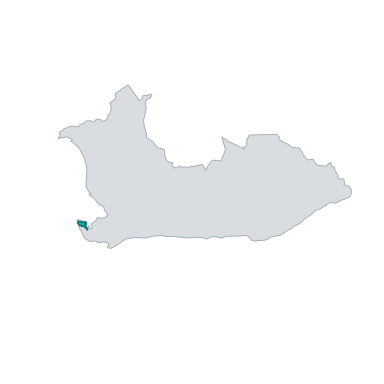 Tumbes, Tumbes, Peru (highlighted), rotated 295°
{"feature_id": "86281439B11077659062931", "entity_name": "Tumbes", "entity_type": "district", "adm_level": 2, "iso_a3": "PER", "parent_name": "Peru", "parent_adm1": "Tumbes", "projection": "robinson", "projection_center": [-80.432, -3.859], "detail": "fine", "context": "in_parent", "style": "filled", "palette": "teal", "viewbox_px": 384, "rotation_deg": 295, "n_neighbors": 0, "source": "geoboundaries", "source_scale": "gbopen_adm2", "svg_char_len": 6057}
<svg xmlns="http://www.w3.org/2000/svg" viewBox="0 0 384 384"><g transform="rotate(295 192 192)"><path d="M263.2,113.3L263.1,114.3L262.0,114.8L260.9,114.1L259.4,114.3L257.0,111.9L251.5,112.3L249.1,115.1L245.4,115.7L241.4,117.0L236.9,117.5L229.7,122.0L228.1,123.8L224.9,126.5L222.2,127.4L220.9,135.5L218.3,140.2L217.3,142.8L218.7,146.8L218.6,148.7L217.2,150.2L216.0,150.4L213.5,152.1L209.9,155.7L209.3,158.4L210.4,162.1L210.0,162.5L207.0,163.2L207.1,165.2L206.5,166.0L209.0,168.9L210.4,169.6L210.5,170.3L210.2,171.1L209.7,171.4L209.6,172.0L211.4,174.2L212.8,178.5L215.4,180.7L215.4,182.0L216.2,183.4L217.6,184.5L220.8,188.8L220.8,190.8L217.4,195.5L223.0,195.4L229.0,197.0L229.9,197.8L230.6,199.9L230.7,201.2L231.9,202.3L231.7,204.9L239.8,204.9L244.9,204.3L253.4,196.5L254.7,195.9L254.0,197.6L253.9,198.8L254.3,200.1L253.3,202.0L253.1,220.8L254.6,219.8L256.6,221.6L258.0,221.7L262.6,219.6L267.9,219.9L280.1,244.5L279.0,246.2L279.1,247.5L277.5,248.6L276.0,250.5L275.8,260.3L274.5,263.3L275.2,264.8L275.8,267.9L277.0,269.8L277.2,271.0L277.1,271.5L275.4,272.5L275.2,274.3L272.1,277.8L271.5,280.2L270.4,281.0L270.1,283.6L272.9,288.0L271.0,290.5L269.3,294.4L272.0,302.5L273.1,303.6L274.4,303.5L276.2,304.2L277.2,305.5L274.9,307.0L274.5,307.6L274.6,310.3L272.1,312.3L268.7,317.4L267.8,317.6L266.1,319.1L265.8,319.9L266.1,320.6L267.5,322.1L267.6,324.0L265.2,326.3L263.5,326.5L262.9,327.1L263.5,330.3L263.5,331.7L262.9,333.3L261.7,335.1L258.1,337.0L254.9,337.3L249.4,332.7L247.7,330.8L242.3,326.8L241.5,322.7L239.7,320.6L236.4,319.1L233.7,317.0L231.7,316.0L226.9,311.3L222.4,309.8L214.0,304.9L209.5,303.3L203.7,298.7L200.6,297.4L198.1,295.3L190.5,290.7L189.3,289.3L188.2,287.0L186.5,285.7L184.6,282.6L181.8,280.8L179.0,278.4L175.7,271.9L174.1,270.4L174.0,267.5L172.9,266.2L174.6,265.2L175.6,260.6L175.1,258.3L171.2,252.2L170.5,249.6L167.7,244.9L166.7,242.1L164.4,240.0L163.5,238.3L162.2,237.5L162.2,235.3L161.3,231.2L160.1,229.1L155.6,225.3L155.2,221.0L154.2,218.1L147.9,206.2L144.3,194.8L141.2,188.5L140.0,184.8L139.9,182.8L137.6,179.5L136.4,176.4L131.3,170.4L128.3,163.8L127.9,161.9L125.9,158.2L122.7,153.5L121.1,151.6L111.2,145.8L106.6,142.2L106.1,140.4L106.3,139.3L107.3,138.3L108.7,139.1L109.6,138.8L110.2,137.5L110.2,135.5L109.4,133.0L106.2,128.1L107.1,125.8L103.9,120.2L104.6,114.6L105.3,113.2L110.1,107.6L111.4,105.3L113.5,103.8L115.5,101.5L118.1,99.8L118.8,100.4L119.5,103.4L119.4,105.4L120.1,107.6L118.4,109.6L116.5,109.2L115.7,109.7L115.5,110.6L115.8,112.2L116.2,112.8L117.7,112.8L115.8,115.8L115.9,116.4L117.2,116.9L118.5,116.1L119.8,114.5L120.6,114.2L125.4,117.1L127.7,116.7L129.4,118.1L129.6,120.2L132.0,124.3L135.5,125.3L136.1,124.9L137.0,123.4L137.7,123.2L137.9,120.9L141.0,118.5L141.5,116.8L141.0,115.6L141.1,114.7L142.9,109.3L143.5,108.8L144.0,107.0L144.7,106.0L145.8,100.0L146.6,100.0L147.5,101.4L148.4,101.0L147.9,99.7L148.1,99.2L151.5,94.4L152.6,93.4L169.2,86.7L177.4,79.9L184.7,70.3L187.0,60.7L187.8,61.4L189.2,61.1L188.8,57.2L189.1,55.4L189.0,54.8L186.8,52.5L185.9,49.9L183.9,48.5L184.0,48.0L186.1,48.5L188.0,48.3L189.6,46.7L190.8,46.8L193.5,49.0L195.5,49.2L196.2,50.7L198.1,51.9L200.9,55.2L202.1,58.8L202.1,59.5L203.3,61.4L206.0,62.3L208.7,65.0L211.5,65.8L212.7,68.3L213.4,69.0L213.8,70.4L213.4,72.0L213.8,72.9L215.8,74.3L217.6,74.4L218.0,75.1L219.0,79.1L218.3,81.1L218.6,82.2L220.9,83.2L221.6,84.0L223.4,84.2L226.0,83.3L229.2,84.6L231.7,84.1L232.8,83.8L234.0,82.9L235.0,82.9L237.5,80.4L238.2,80.2L240.9,81.3L243.2,83.1L246.0,82.7L247.2,81.7L249.2,81.0L252.9,83.2L253.7,84.2L254.7,84.4L258.7,86.5L259.4,87.4L261.4,88.2L261.9,88.9L261.7,89.7L252.4,106.1L255.3,107.4L258.0,106.6L259.4,107.7L260.4,110.3L262.5,112.1L263.2,113.3Z" fill="#d9dde1" stroke="#a8b0b8" stroke-width="1"/><path d="M113.3,112.9L113.4,113.0L113.5,113.1L113.8,113.2L114.0,113.2L114.1,112.9L114.1,113.0L114.1,112.9L114.3,112.9L114.3,112.7L114.5,112.6L114.6,112.4L114.7,112.2L114.8,112.2L114.9,111.9L115.0,111.8L115.0,111.7L115.2,111.4L115.3,111.2L115.5,111.0L115.6,110.9L115.8,110.9L116.0,110.8L116.0,110.7L115.9,110.6L116.0,110.5L115.9,110.4L116.0,110.3L116.0,110.1L116.3,110.0L116.3,109.9L116.2,109.8L116.3,109.8L116.3,109.7L116.4,109.4L116.5,109.4L116.6,109.5L116.7,109.4L116.8,109.4L117.0,109.2L117.0,109.3L117.3,109.3L117.5,109.2L117.6,109.3L117.8,109.5L117.9,109.4L117.9,109.5L118.0,109.5L118.3,109.7L118.4,109.8L118.5,109.8L118.6,109.7L118.8,109.7L119.0,109.4L119.0,109.2L119.3,108.9L119.2,108.9L119.3,108.8L119.3,108.7L119.4,108.8L119.5,108.8L119.7,108.7L119.8,108.7L120.0,108.5L120.0,108.4L119.9,108.3L119.9,108.2L119.7,108.1L119.4,108.0L119.2,107.9L119.1,108.0L119.0,107.9L118.9,107.8L119.0,107.7L118.9,107.7L119.1,107.4L119.0,107.1L119.0,106.9L119.0,106.7L118.9,106.7L118.8,106.4L118.7,106.4L118.6,106.2L118.4,106.0L118.3,105.9L118.4,105.7L118.4,105.4L118.4,105.2L118.4,104.9L118.4,104.7L118.4,104.4L118.5,104.3L118.4,104.2L118.2,103.9L117.9,103.7L117.3,101.5L117.1,101.6L116.9,101.7L116.7,101.7L116.7,101.8L116.7,101.7L116.7,101.8L116.7,101.7L116.8,101.6L116.7,101.5L116.6,101.4L116.5,101.5L116.4,101.5L116.5,101.5L116.6,101.4L116.8,101.4L117.0,101.4L116.9,101.3L116.7,101.4L116.2,101.6L115.9,101.6L116.0,101.7L115.9,101.7L115.7,101.6L115.9,101.6L115.7,101.6L115.4,102.1L115.0,102.9L114.8,103.3L114.6,103.6L114.4,103.7L114.3,103.8L114.2,103.7L114.1,103.8L114.2,104.0L114.1,104.3L114.3,104.4L114.2,104.5L114.3,104.6L114.5,104.8L114.5,105.0L114.5,105.3L114.6,105.2L114.7,105.3L114.8,105.3L114.8,105.5L114.8,105.8L114.8,106.0L114.5,106.1L114.5,106.3L114.4,106.4L114.3,106.6L114.3,106.8L114.5,106.9L114.8,106.9L115.0,106.9L115.0,107.0L115.0,107.3L115.0,107.5L114.9,107.6L114.9,107.8L115.0,107.8L115.2,108.0L115.3,108.1L115.2,108.2L115.1,108.4L115.2,108.5L115.2,108.9L115.2,109.0L115.3,109.1L115.3,109.3L115.3,109.5L115.2,109.6L115.3,109.6L115.3,109.8L115.2,110.0L114.9,110.2L114.9,110.3L114.8,110.5L114.7,110.6L114.7,110.8L114.7,111.0L114.5,111.3L114.4,111.6L114.5,111.6L114.4,111.7L114.3,111.8L114.2,111.9L114.2,112.0L114.0,112.3L113.9,112.3L113.7,112.4L113.7,112.5L113.6,112.8L113.4,112.8L113.3,112.9Z" fill="#14b8a6" stroke="#0f766e" stroke-width="1.5"/></g></svg>